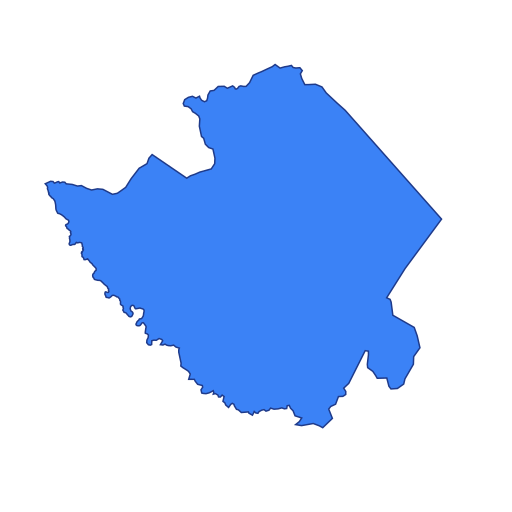 Rafaï, Mbomou, Central African Republic, rotated 77°
{"feature_id": "33826404B37622790924059", "entity_name": "Rafaï", "entity_type": "district", "adm_level": 2, "iso_a3": "CAF", "parent_name": "Central African Republic", "parent_adm1": "Mbomou", "projection": "albers", "projection_center": [24.169, 5.748], "detail": "fine", "context": "isolated", "style": "filled", "palette": "blue", "viewbox_px": 512, "rotation_deg": 77, "n_neighbors": 0, "source": "geoboundaries", "source_scale": "gbopen_adm2", "svg_char_len": 6098}
<svg xmlns="http://www.w3.org/2000/svg" viewBox="0 0 512 512"><g transform="rotate(77 256 256)"><path d="M261.8,66.9L134.0,136.4L125.1,142.7L112.9,150.9L106.1,153.7L102.0,159.5L100.8,166.3L100.0,169.9L93.3,171.5L88.5,171.8L85.8,169.2L82.4,170.9L81.8,174.9L80.7,177.4L78.3,178.6L78.3,182.3L78.1,185.5L78.3,190.3L73.7,194.3L75.2,197.6L76.2,202.6L77.6,209.0L78.2,212.7L79.3,218.1L85.7,223.3L88.5,227.5L88.0,229.9L86.8,232.6L87.0,234.4L88.5,236.2L88.9,237.5L88.5,238.6L86.9,238.9L85.0,240.5L86.1,246.2L83.5,248.8L82.3,254.7L85.2,259.6L84.9,263.5L88.3,266.6L91.3,267.7L93.6,269.1L94.1,271.5L92.0,274.0L89.3,275.0L87.6,275.1L88.6,279.0L86.1,282.0L86.2,286.2L87.6,290.3L91.1,292.6L93.8,292.1L95.2,288.5L98.0,286.1L101.1,285.3L103.3,283.0L106.7,280.3L109.8,279.9L116.8,282.0L127.3,282.2L129.5,280.5L135.7,280.2L139.7,277.7L142.1,273.9L151.5,274.0L156.8,275.5L161.1,280.0L161.6,291.8L162.6,297.1L163.1,301.8L164.6,306.0L133.8,334.4L136.6,338.3L141.5,341.4L144.2,350.1L152.6,360.3L159.8,367.5L162.6,374.2L163.7,377.0L163.6,382.0L156.6,390.2L154.9,395.4L154.7,401.4L152.0,405.8L148.1,410.3L147.7,414.2L144.9,419.0L143.0,424.7L141.1,425.7L140.4,427.8L140.7,430.8L139.1,431.5L139.1,433.0L139.5,434.6L139.6,436.1L137.8,437.0L137.0,439.3L138.2,445.1L140.6,443.8L141.0,443.7L142.4,443.6L143.5,444.1L145.7,443.8L147.1,443.9L148.1,443.5L148.5,443.9L148.8,444.0L149.6,443.9L151.4,443.0L151.8,442.5L152.7,442.3L153.1,442.1L154.6,440.6L155.1,440.4L155.9,440.2L156.5,439.8L157.0,439.7L158.5,439.6L161.0,439.7L162.9,440.0L164.7,440.3L165.7,440.4L166.8,440.3L168.7,439.8L169.3,439.7L169.8,439.5L170.1,439.0L170.5,437.9L171.4,437.1L172.0,436.1L172.8,435.7L173.5,434.9L174.1,434.6L174.7,434.0L177.0,432.8L178.6,431.0L179.0,430.7L179.5,430.6L180.4,430.6L180.8,430.8L182.0,431.7L182.4,432.5L182.6,433.9L182.8,434.2L183.0,434.5L183.7,434.7L184.3,434.4L185.0,434.0L186.6,433.9L186.8,433.8L187.2,433.2L188.9,432.1L189.8,431.2L190.5,431.0L191.0,431.1L191.4,431.5L193.0,431.3L193.7,431.6L194.6,432.5L194.9,433.4L195.0,433.5L196.4,433.5L197.0,433.8L198.2,433.7L199.9,434.0L200.9,434.5L201.7,435.2L202.3,435.3L202.9,435.3L203.4,435.0L203.7,434.6L203.9,434.0L203.6,432.5L203.6,431.6L203.9,430.3L203.7,429.6L203.4,429.3L203.2,428.8L202.8,428.6L202.4,428.2L202.3,427.9L202.4,427.7L203.1,426.8L203.0,425.0L203.5,423.8L204.0,422.9L204.7,422.8L205.4,422.9L206.1,422.7L206.6,422.8L207.2,423.1L208.8,422.5L209.1,422.6L209.3,422.8L209.5,423.0L209.7,422.8L210.2,423.2L210.6,423.3L210.8,423.3L210.9,423.1L210.8,422.9L211.2,422.8L211.4,423.1L212.3,423.8L212.8,424.9L213.1,425.1L213.6,424.8L214.0,425.5L214.3,425.5L215.2,425.2L216.2,425.3L216.8,425.6L217.5,425.6L218.2,424.9L219.4,424.4L220.5,424.4L220.9,424.3L221.2,423.0L221.0,421.3L220.8,420.9L220.9,420.7L221.2,420.8L221.5,420.7L221.8,420.3L222.1,420.1L223.3,419.5L224.4,419.2L225.9,418.1L226.5,417.5L227.4,417.3L228.4,416.8L231.3,415.0L232.0,414.7L232.4,414.6L233.9,415.0L234.1,415.2L234.4,416.0L234.7,416.5L235.6,417.3L236.3,417.7L236.7,418.6L237.2,419.1L238.5,419.6L239.2,419.6L240.2,419.5L241.0,419.0L242.0,418.8L242.4,418.7L242.7,418.3L244.1,415.6L244.6,413.8L245.1,413.0L245.4,412.7L248.5,410.7L249.6,410.1L252.3,407.8L253.9,407.7L254.8,407.1L255.0,407.0L256.0,407.5L257.1,407.3L257.3,407.3L257.9,407.7L258.2,408.0L258.1,408.9L257.4,410.0L257.1,410.6L257.3,411.1L257.5,411.2L258.4,411.6L259.2,411.8L260.0,411.7L261.0,411.4L262.1,411.4L262.3,411.4L262.7,411.0L263.2,409.7L263.7,408.9L263.8,408.2L263.0,406.4L262.1,405.0L262.1,404.0L262.6,402.9L263.8,401.4L264.4,401.0L264.8,400.0L265.0,399.7L266.4,399.0L267.2,398.5L268.3,398.7L269.3,398.3L270.3,398.3L272.3,398.9L273.2,398.5L274.5,397.2L274.9,396.9L275.3,396.9L276.3,397.1L277.1,397.0L277.5,397.1L278.7,397.9L279.0,397.9L280.2,397.4L280.8,397.4L281.3,397.1L281.9,395.8L282.2,395.5L283.2,394.9L284.1,394.6L284.9,394.0L286.2,393.4L286.9,392.4L287.1,391.8L287.0,391.4L286.9,390.8L286.6,390.4L285.2,389.2L284.5,388.8L283.9,388.7L282.7,389.1L282.4,389.3L281.5,390.2L279.1,390.5L277.0,389.5L276.2,387.9L276.4,387.0L276.8,386.4L277.6,386.0L279.2,385.8L280.1,385.4L280.4,385.1L280.6,380.6L281.2,379.9L281.9,378.5L282.3,378.0L282.9,377.5L283.7,377.3L284.7,377.5L286.9,378.5L287.9,378.8L289.3,379.5L291.1,381.4L291.3,382.3L291.1,383.4L291.3,384.0L292.2,384.7L292.7,385.8L293.5,386.9L294.4,387.5L295.4,388.3L296.4,388.2L296.9,387.8L297.5,386.6L297.7,385.1L297.5,384.5L296.7,383.4L296.0,382.7L295.6,382.2L295.5,381.5L295.6,380.9L296.1,380.5L296.7,380.3L297.9,379.7L298.6,379.5L299.4,379.1L300.0,379.0L300.7,379.1L301.6,379.6L305.5,381.1L306.4,381.2L307.3,379.6L308.8,378.6L311.2,379.4L313.4,381.2L315.9,382.0L318.3,380.8L319.1,379.0L318.8,377.6L315.1,376.6L315.0,374.5L315.7,372.1L314.6,369.0L316.1,366.6L317.6,366.0L320.9,369.1L321.8,366.7L321.4,364.5L322.9,362.9L323.7,361.2L324.3,359.2L324.3,356.3L326.7,354.5L328.5,351.4L330.1,352.4L332.4,352.9L343.6,353.1L346.3,354.0L348.3,352.4L351.4,349.3L353.2,347.7L356.2,346.6L361.0,349.3L362.3,343.8L364.3,343.4L367.9,341.7L370.1,337.4L371.9,337.5L374.0,339.7L377.3,339.7L378.0,338.4L378.9,335.7L378.8,332.5L378.2,329.9L377.6,328.0L379.3,327.8L381.0,328.7L380.9,326.6L382.9,324.4L384.9,324.2L385.4,322.4L383.9,320.3L385.7,318.7L390.2,320.9L392.0,319.4L394.4,319.0L397.4,316.8L394.9,314.0L394.2,312.3L395.6,310.8L397.0,310.8L401.0,309.5L401.9,307.8L405.2,305.5L406.2,298.5L407.5,298.3L410.3,295.3L408.6,293.8L407.1,292.7L408.9,291.5L409.7,289.5L408.3,288.0L407.5,285.2L407.5,282.7L409.4,281.2L409.2,278.1L407.5,276.0L409.3,272.9L409.9,268.9L409.8,265.0L411.3,262.7L411.5,260.4L408.9,259.3L409.0,257.2L412.1,256.6L415.1,254.7L420.5,253.9L424.1,247.9L427.1,251.0L429.2,255.3L431.5,249.8L432.1,237.9L435.7,232.5L438.3,229.6L431.4,218.1L421.5,219.6L419.4,217.0L418.3,211.8L411.5,207.3L412.3,202.9L411.1,199.7L408.2,199.0L404.5,200.3L401.0,194.3L372.8,170.9L374.0,167.9L377.4,168.6L386.6,171.9L389.9,172.3L394.7,168.1L399.4,166.3L402.4,165.4L404.3,156.0L412.8,155.8L415.9,154.4L416.9,148.0L414.0,140.9L409.2,138.5L396.9,127.0L389.5,125.0L382.3,116.9L370.0,116.9L361.2,117.9L344.5,136.0L331.3,134.7L328.4,135.1L326.1,138.1L301.7,113.5L261.8,66.9Z" fill="#3b82f6" stroke="#1e3a8a" stroke-width="1.5"/></g></svg>